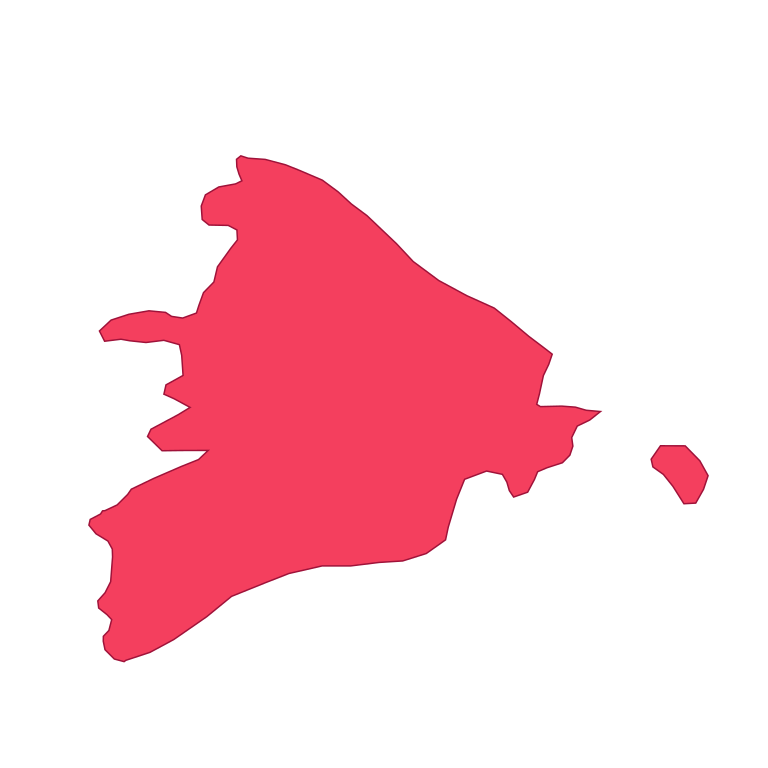 outline of Umeå, Västerbotten, Sweden, rotated 353°
{"feature_id": "70781695B42306672423643", "entity_name": "Umeå", "entity_type": "district", "adm_level": 2, "iso_a3": "SWE", "parent_name": "Sweden", "parent_adm1": "Västerbotten", "projection": "equal_earth", "projection_center": [20.181, 63.977], "detail": "fine", "context": "isolated", "style": "filled", "palette": "rose", "viewbox_px": 768, "rotation_deg": 353, "n_neighbors": 0, "source": "geoboundaries", "source_scale": "gbopen_adm2", "svg_char_len": 1866}
<svg xmlns="http://www.w3.org/2000/svg" viewBox="0 0 768 768"><g transform="rotate(353 384 384)"><path d="M269.7,140.1L265.0,143.0L264.4,150.5L265.7,158.1L267.7,165.0L261.0,167.3L244.0,168.3L229.8,174.5L224.3,185.1L223.6,198.6L229.7,204.9L248.7,207.6L256.8,213.2L256.1,223.1L248.7,230.4L233.0,247.4L227.6,262.0L216.0,271.3L209.9,283.3L206.5,290.7L192.2,294.0L181.4,291.0L175.9,286.3L159.6,282.7L139.3,283.7L120.9,287.3L108.0,296.7L111.9,307.5L128.4,307.5L136.9,310.1L152.8,313.8L170.8,313.8L185.7,320.0L186.7,331.0L185.6,351.0L167.5,358.3L164.3,367.3L173.8,373.0L188.7,383.6L175.9,389.4L147.2,400.5L142.9,407.3L155.6,423.2L174.8,425.3L201.4,428.5L190.7,436.4L172.6,441.2L143.8,449.7L120.4,457.6L116.1,462.4L104.4,471.5L91.6,475.7L89.2,475.6L86.8,478.5L75.9,482.6L73.9,488.1L79.9,497.6L90.8,506.2L94.2,514.7L93.5,522.6L88.6,546.9L81.7,557.2L73.5,564.4L73.5,571.6L81.0,579.2L85.0,584.7L80.9,595.1L74.7,600.2L74.0,605.1L74.7,613.7L82.8,624.1L92.2,627.9L94.1,626.8L119.1,621.8L144.2,612.0L179.6,593.4L206.8,576.2L240.8,567.1L266.5,560.5L300.5,557.0L329.0,560.5L357.4,560.5L381.0,561.9L405.3,557.4L426.1,546.2L430.3,534.0L442.0,507.2L452.4,488.4L475.2,482.9L490.5,488.1L494.0,496.4L495.4,505.1L498.9,512.0L513.4,508.9L521.7,497.1L525.8,489.8L535.5,487.0L551.5,483.9L559.8,477.3L563.9,468.7L563.8,460.0L570.7,449.3L583.9,444.8L595.5,437.7L581.5,434.7L571.2,430.3L557.6,427.6L536.5,425.5L533.1,422.8L537.1,412.7L543.2,395.1L549.9,384.6L554.6,374.9L546.4,366.8L533.5,354.3L517.8,337.5L502.7,322.1L476.9,306.4L451.0,288.0L427.9,266.0L413.6,246.4L387.7,214.9L373.5,201.3L361.9,187.7L354.1,180.3L347.7,174.2L326.7,162.0L313.1,154.5L293.5,146.6L276.6,143.3L269.7,140.1ZM650.9,479.0L640.0,491.2L640.8,499.1L650.3,507.8L658.3,520.8L667.1,539.4L678.9,540.2L688.3,527.5L694.5,514.5L688.1,498.7L675.4,482.1L650.9,479.0Z" fill="#f43f5e" stroke="#9f1239" stroke-width="1.5"/></g></svg>